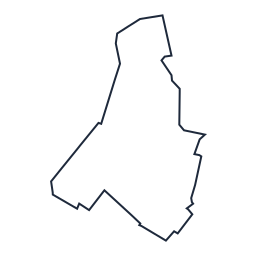 the district of Androscoggin, Maine, United States of America
{"feature_id": "52423323B83969208679502", "entity_name": "Androscoggin", "entity_type": "district", "adm_level": 2, "iso_a3": "USA", "parent_name": "United States of America", "parent_adm1": "Maine", "projection": "robinson", "projection_center": [-70.183, 44.198], "detail": "fine", "context": "isolated", "style": "outline", "palette": "slate", "viewbox_px": 256, "rotation_deg": 0, "n_neighbors": 0, "source": "geoboundaries", "source_scale": "gbopen_adm2", "svg_char_len": 679}
<svg xmlns="http://www.w3.org/2000/svg" viewBox="0 0 256 256"><path d="M201.3,156.4L199.3,155.1L194.4,154.1L199.7,139.3L204.9,134.6L184.0,130.3L179.3,124.7L179.7,92.0L179.7,88.8L172.0,80.6L171.5,75.2L161.5,60.4L164.7,56.6L171.5,55.6L162.5,15.4L140.0,19.0L128.3,26.4L117.2,33.5L115.8,43.4L120.0,63.7L114.9,79.5L101.2,123.8L98.5,122.9L80.4,145.1L77.3,149.0L61.8,168.1L51.1,181.4L52.7,192.4L52.8,194.6L77.1,208.7L79.2,203.6L89.1,210.1L104.4,190.3L131.2,214.9L140.3,223.5L139.3,225.1L141.3,225.9L165.9,240.6L174.1,231.3L177.7,233.4L192.3,214.3L188.2,209.4L186.8,208.4L193.1,203.7L191.9,202.1L191.2,198.1L195.1,185.0L201.3,156.4Z" fill="none" stroke="#1e293b" stroke-width="2"/></svg>